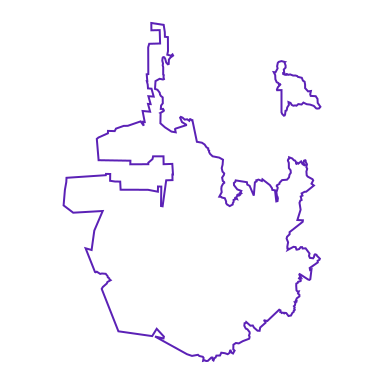 San Juan Guichicovi, Oaxaca, Mexico (Robinson projection)
{"feature_id": "50627088B47369730342586", "entity_name": "San Juan Guichicovi", "entity_type": "district", "adm_level": 2, "iso_a3": "MEX", "parent_name": "Mexico", "parent_adm1": "Oaxaca", "projection": "robinson", "projection_center": [-95.052, 17.105], "detail": "fine", "context": "isolated", "style": "outline", "palette": "violet", "viewbox_px": 384, "rotation_deg": 0, "n_neighbors": 0, "source": "geoboundaries", "source_scale": "gbopen_adm2", "svg_char_len": 6014}
<svg xmlns="http://www.w3.org/2000/svg" viewBox="0 0 384 384"><path d="M155.0,336.5L187.0,354.2L192.0,355.9L198.0,354.8L199.3,356.0L202.8,356.8L203.6,357.9L203.1,360.8L204.7,360.3L206.1,361.0L207.8,360.9L211.4,357.5L212.4,357.5L212.8,360.0L213.5,360.5L214.4,358.2L215.6,357.5L216.4,355.6L220.0,355.5L221.3,352.7L224.9,353.2L227.7,354.2L229.5,352.9L230.1,350.6L230.6,350.5L231.6,352.7L233.0,353.5L234.6,350.6L233.3,349.4L233.4,344.7L235.9,343.0L238.8,343.4L242.7,341.2L249.2,338.7L249.6,336.9L249.0,335.4L249.7,333.5L249.6,332.1L247.4,329.3L245.8,328.6L244.3,325.8L244.6,323.2L245.8,322.9L246.2,322.0L250.4,325.7L252.8,325.5L254.0,327.6L257.5,330.7L259.6,330.8L260.2,327.5L265.6,322.7L265.2,321.5L263.7,320.2L267.3,321.0L279.2,309.7L280.5,310.4L280.3,312.1L281.2,312.3L281.7,313.0L282.9,312.6L284.2,313.4L284.8,312.8L286.3,313.1L288.5,316.0L291.0,315.5L292.3,313.0L293.8,311.7L293.8,310.5L294.8,309.8L294.2,308.5L294.7,307.5L293.9,306.2L294.9,305.3L295.4,303.0L294.8,302.1L296.4,301.8L296.6,300.7L295.9,300.4L296.8,298.3L299.4,296.4L299.4,294.8L298.0,293.5L298.8,291.4L297.6,291.6L296.5,290.4L296.2,285.8L296.3,283.6L297.8,282.8L298.1,281.8L300.6,281.1L300.8,280.4L300.7,279.6L299.0,278.4L299.8,277.1L300.9,277.5L299.3,274.7L299.6,274.1L300.3,274.4L308.1,279.5L309.4,279.9L310.3,279.2L311.5,269.3L310.1,270.0L309.7,268.0L317.8,262.4L317.6,260.8L319.4,259.8L319.9,258.7L316.7,255.5L316.5,254.8L315.1,254.3L314.4,255.0L314.0,256.9L313.1,258.3L309.9,257.9L309.0,255.9L309.5,253.5L305.6,248.3L302.6,248.5L302.1,247.1L300.7,247.1L299.1,249.1L297.1,249.6L296.5,249.6L295.6,247.1L293.5,246.8L287.8,249.9L288.4,248.6L287.4,248.4L287.3,246.7L288.1,242.3L286.6,238.6L287.1,236.7L289.6,234.3L289.6,232.1L302.7,221.8L302.9,220.3L297.4,220.0L300.6,209.7L299.5,202.8L300.3,200.6L301.4,200.1L301.8,200.8L300.7,196.5L302.5,195.6L301.6,193.4L304.6,191.8L306.2,191.7L313.9,185.5L311.5,183.7L313.2,180.4L312.5,179.2L307.7,176.6L306.7,175.3L306.4,171.5L307.2,168.8L306.3,167.0L307.0,164.3L305.8,162.1L305.6,160.5L305.2,160.2L304.0,160.7L303.5,162.5L303.8,163.7L305.0,165.0L304.4,165.3L302.5,164.1L301.1,161.4L298.4,163.6L297.7,162.9L296.6,163.9L296.1,163.6L295.9,161.8L294.9,160.5L293.8,160.2L292.3,158.5L289.1,157.3L289.1,158.7L288.2,159.3L287.9,160.6L288.8,162.8L288.9,168.1L290.6,170.3L290.8,172.8L289.5,174.7L289.0,177.4L287.0,179.7L282.1,180.1L279.6,182.7L279.4,183.9L276.9,185.3L276.7,186.0L277.7,187.5L277.6,188.5L276.4,192.3L277.0,196.4L277.4,196.6L277.9,198.3L277.5,201.1L276.3,201.4L275.0,190.3L272.3,189.9L272.0,188.2L269.9,185.1L262.4,179.3L261.9,181.0L258.5,179.6L256.3,180.3L256.6,181.4L254.9,182.3L253.8,195.6L249.6,185.8L247.3,184.6L246.9,182.2L235.7,180.4L235.3,181.8L233.9,183.0L234.0,185.2L237.3,189.4L241.3,190.9L240.6,192.1L241.2,193.1L240.0,193.2L240.4,194.5L239.4,195.4L239.0,195.5L238.9,194.6L238.4,194.3L237.3,194.9L237.1,196.1L236.3,197.1L237.0,199.0L235.1,198.2L234.9,199.5L233.6,199.9L233.6,201.9L232.8,203.1L232.7,204.5L229.7,206.1L226.9,204.4L226.1,203.1L226.1,201.4L224.8,198.2L222.0,197.6L221.3,196.9L219.3,196.7L221.7,192.2L221.3,188.9L221.6,186.5L222.9,184.0L224.3,182.8L224.1,182.0L222.8,181.0L222.1,177.6L223.9,174.9L224.2,173.4L222.5,171.6L221.7,168.1L222.6,164.7L223.0,159.7L219.2,157.6L212.6,156.3L210.0,153.8L209.0,151.8L209.2,150.7L208.2,149.8L208.2,148.3L206.5,147.3L204.6,144.5L201.9,142.7L196.9,141.8L192.4,120.2L191.8,120.4L190.6,119.2L190.0,119.2L189.3,120.8L187.2,119.3L184.7,119.6L182.5,117.6L180.8,116.9L180.1,117.7L182.0,122.1L186.1,124.6L186.1,125.2L175.6,128.6L175.0,129.1L175.7,132.3L171.5,131.6L164.9,127.3L160.4,123.3L160.6,113.2L160.3,113.0L163.6,111.1L163.9,110.4L163.1,109.0L162.3,109.3L161.8,108.8L160.8,108.9L161.1,105.5L162.8,103.3L162.7,97.4L160.8,95.9L160.0,94.4L159.7,92.7L157.5,89.8L155.0,88.9L155.5,81.1L159.6,78.8L163.0,79.5L164.0,79.1L163.5,77.1L163.8,75.1L163.2,74.7L163.2,67.1L162.7,65.3L163.0,63.5L162.3,60.7L162.6,57.9L163.3,57.1L164.3,57.3L165.2,58.8L166.2,62.5L167.8,64.3L168.7,64.0L168.9,59.5L170.5,57.5L173.1,55.6L172.5,54.4L171.0,55.7L167.3,54.7L168.0,51.0L167.9,37.1L164.9,36.8L164.8,32.1L163.7,24.9L151.3,23.0L151.4,30.3L159.7,30.1L160.1,43.5L149.2,43.8L148.2,47.3L148.3,74.1L146.7,74.3L147.3,81.1L146.8,81.1L147.7,84.5L148.0,88.4L151.5,88.7L153.7,96.6L148.4,96.2L150.6,104.1L148.0,103.9L150.1,111.7L142.6,111.0L144.7,122.0L143.0,121.8L143.7,125.7L140.6,121.4L127.8,125.8L123.7,125.9L116.0,128.6L114.7,131.1L108.0,130.9L107.9,133.3L98.5,137.5L96.8,138.9L98.6,160.2L130.4,160.7L130.3,164.3L148.3,164.2L148.3,162.7L152.5,159.1L153.1,156.3L163.5,156.3L163.6,164.2L172.3,163.9L173.0,174.5L172.4,174.5L172.5,180.1L166.2,180.3L162.6,206.3L161.0,206.0L161.3,186.6L158.0,186.5L157.9,191.7L148.0,189.8L120.6,189.7L120.2,181.6L114.9,181.5L110.1,180.8L110.2,174.0L106.0,173.9L105.8,175.2L66.5,177.8L66.3,182.0L64.9,189.9L63.6,205.4L73.2,212.7L102.7,211.0L94.3,230.6L91.6,250.0L85.6,248.3L95.0,272.0L95.7,272.3L96.8,271.7L100.2,273.9L101.9,273.5L105.7,273.8L107.7,276.3L107.8,277.3L109.2,278.3L109.5,279.3L110.6,280.2L107.4,282.0L106.8,283.5L102.8,287.0L101.7,288.9L118.4,331.3L152.2,336.1L156.7,328.8L163.9,336.6L163.5,338.4L155.0,336.5ZM277.6,68.4L275.5,72.3L273.7,72.1L275.2,75.1L275.4,79.3L276.7,82.2L278.4,83.0L278.8,84.2L280.0,84.1L280.3,84.6L277.9,87.2L276.9,89.6L277.1,90.2L281.5,90.1L281.5,112.4L282.3,114.1L283.9,115.7L284.7,115.4L285.1,114.4L285.5,110.8L286.4,110.6L286.8,109.8L287.2,107.5L288.9,104.9L288.5,102.1L290.5,102.9L291.7,104.9L293.3,105.7L295.1,105.4L296.5,105.7L298.3,104.1L301.6,104.5L303.4,102.6L306.7,104.2L310.1,104.6L313.8,105.9L316.1,108.3L317.1,108.6L319.1,108.4L320.4,106.8L317.7,102.9L317.5,98.9L315.7,96.2L310.7,95.9L310.2,94.3L310.9,91.0L308.1,91.4L305.1,88.1L305.1,84.7L304.6,81.7L302.9,80.6L301.8,77.8L298.0,76.9L297.1,76.0L295.4,75.5L293.0,75.5L290.1,74.4L288.6,74.8L286.8,74.0L286.3,74.1L286.4,74.8L284.8,74.8L284.8,75.3L284.4,74.3L283.2,74.0L283.1,73.0L284.2,72.5L283.8,69.5L285.6,67.6L285.6,65.5L284.5,62.4L285.0,62.0L281.5,61.1L278.7,61.9L277.8,62.9L277.1,66.3L277.6,68.4Z" fill="none" stroke="#5b21b6" stroke-width="2"/></svg>